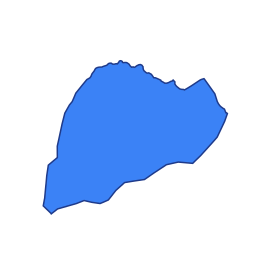 outline of Kobé, Wadi Fira, Chad, rotated 257°
{"feature_id": "50815135B20529104749764", "entity_name": "Kobé", "entity_type": "district", "adm_level": 2, "iso_a3": "TCD", "parent_name": "Chad", "parent_adm1": "Wadi Fira", "projection": "robinson", "projection_center": [22.719, 15.288], "detail": "fine", "context": "isolated", "style": "filled", "palette": "blue", "viewbox_px": 256, "rotation_deg": 257, "n_neighbors": 0, "source": "geoboundaries", "source_scale": "gbopen_adm2", "svg_char_len": 2507}
<svg xmlns="http://www.w3.org/2000/svg" viewBox="0 0 256 256"><g transform="rotate(257 128 128)"><path d="M120.6,227.5L120.8,226.8L122.1,226.6L124.2,226.3L124.8,226.2L125.3,225.5L127.7,223.4L127.9,223.3L129.1,222.5L129.3,222.4L131.2,221.6L133.8,220.9L134.2,220.9L141.8,220.3L158.5,213.4L159.0,213.1L158.8,210.3L158.5,209.0L154.9,199.4L153.4,194.9L153.0,193.6L152.4,191.6L153.1,190.7L153.3,190.1L153.4,189.5L153.7,188.7L154.3,187.5L154.4,187.4L154.7,187.0L155.0,186.8L156.5,185.6L157.3,185.0L157.9,184.6L158.5,184.3L158.9,184.1L160.3,183.6L161.4,183.8L161.5,183.8L162.3,184.1L164.4,182.9L164.6,182.8L164.6,182.7L163.9,181.9L163.8,180.8L163.8,180.7L163.8,180.0L163.7,179.8L163.6,179.5L163.2,178.1L163.0,176.4L163.0,175.8L163.1,175.3L163.4,173.9L164.5,172.9L165.0,172.3L165.5,171.7L165.8,171.4L166.1,170.9L167.2,170.7L168.8,168.7L170.7,166.1L171.0,165.1L171.2,164.5L171.2,164.4L171.4,164.3L172.8,163.8L173.5,163.5L174.5,163.1L175.1,162.8L177.0,160.7L177.1,160.0L177.1,159.6L177.2,159.1L177.5,158.5L177.6,158.4L178.3,157.8L180.3,156.4L181.7,156.1L183.1,156.2L184.4,156.4L184.5,156.3L186.0,155.7L186.6,155.0L187.1,154.2L187.1,153.6L187.2,152.8L187.1,152.6L186.8,150.9L186.1,149.2L185.8,148.5L185.7,147.7L186.1,147.1L186.4,146.8L186.4,146.7L186.4,145.5L186.4,145.2L186.5,145.1L188.4,143.9L189.4,143.6L190.1,143.3L191.6,141.9L192.1,141.2L192.5,139.9L192.6,139.1L192.8,137.9L193.2,137.4L193.3,137.4L194.1,137.4L194.9,136.6L195.0,136.4L195.3,135.6L195.1,134.6L194.0,133.6L193.9,133.4L193.2,132.5L192.9,132.2L193.0,131.6L193.2,131.2L193.3,131.0L193.3,130.9L193.3,130.4L193.3,128.8L193.7,127.4L194.9,126.3L195.0,126.1L195.1,125.5L195.2,125.2L195.2,124.9L195.3,124.2L195.0,123.2L194.3,122.0L194.0,121.6L193.9,121.4L193.6,117.8L193.6,117.7L193.3,116.3L193.3,116.1L193.8,113.5L193.8,113.4L193.8,113.0L193.8,111.6L193.3,109.8L192.6,109.1L191.0,107.7L189.9,106.3L188.9,105.1L187.5,104.1L186.6,103.5L185.5,102.2L185.4,102.0L184.6,99.3L184.5,99.2L184.5,98.9L184.3,98.6L180.3,93.4L173.7,85.0L169.8,82.2L166.3,79.6L163.6,76.1L156.7,69.8L147.0,64.8L132.9,58.2L126.2,55.0L115.1,52.5L110.4,43.3L109.7,42.0L99.8,38.1L92.1,35.6L88.6,34.4L78.3,31.0L78.1,30.9L77.7,30.7L71.2,27.9L67.0,30.6L66.9,30.7L62.4,33.6L61.6,33.9L65.0,41.2L66.0,60.7L67.2,68.9L63.7,76.1L60.7,83.8L61.3,87.5L62.3,92.7L69.9,102.1L75.6,112.4L75.0,121.7L74.1,132.5L78.2,142.7L83.6,157.2L83.5,169.3L79.0,183.1L81.0,186.3L84.8,192.6L95.4,207.8L99.0,212.8L106.7,218.9L112.8,223.7L119.7,228.1L120.6,227.5Z" fill="#3b82f6" stroke="#1e3a8a" stroke-width="1.5"/></g></svg>